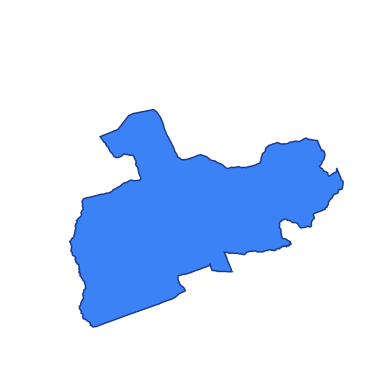 the district of Chunya, Mbeya, United Republic of Tanzania, rotated 250°
{"feature_id": "72390352B92011686492741", "entity_name": "Chunya", "entity_type": "district", "adm_level": 2, "iso_a3": "TZA", "parent_name": "United Republic of Tanzania", "parent_adm1": "Mbeya", "projection": "robinson", "projection_center": [33.407, -7.806], "detail": "fine", "context": "isolated", "style": "filled", "palette": "blue", "viewbox_px": 384, "rotation_deg": 250, "n_neighbors": 0, "source": "geoboundaries", "source_scale": "gbopen_adm2", "svg_char_len": 6028}
<svg xmlns="http://www.w3.org/2000/svg" viewBox="0 0 384 384"><g transform="rotate(250 192 192)"><path d="M275.4,124.6L270.8,125.9L269.5,126.1L267.4,127.3L264.5,127.5L262.5,128.6L259.5,128.7L257.0,129.3L255.0,130.5L253.1,130.6L252.0,130.9L251.4,131.4L250.2,132.7L249.6,134.6L249.8,136.3L249.6,137.2L250.3,139.5L250.9,140.1L251.0,140.6L249.2,144.3L248.6,144.8L246.6,149.1L245.9,149.4L242.7,149.6L240.3,150.0L238.8,149.5L237.3,148.5L235.6,148.7L233.6,149.4L232.5,149.4L231.2,148.8L230.1,149.0L228.9,148.6L226.9,148.5L223.2,148.8L221.8,148.4L221.2,147.2L221.1,146.5L221.4,145.0L222.3,141.6L224.0,138.7L224.1,137.5L223.4,134.1L223.7,131.1L223.6,130.2L221.9,126.0L221.9,124.4L221.2,121.8L221.2,119.1L220.9,118.5L219.9,117.0L219.7,114.5L219.6,113.2L220.1,111.4L220.2,108.2L221.0,105.5L221.9,95.2L222.7,89.7L222.7,88.5L222.3,87.1L220.9,85.6L220.4,85.3L217.7,85.0L216.3,84.2L215.2,84.3L214.1,83.9L213.2,83.9L211.9,82.1L210.3,80.6L210.0,80.4L209.0,80.5L207.4,79.8L205.6,75.1L204.8,74.5L204.7,73.9L204.0,74.4L202.8,73.5L202.8,73.2L202.3,72.8L202.0,72.1L201.0,71.7L200.8,71.2L200.1,70.5L198.6,70.7L197.5,70.3L195.8,69.0L192.5,67.3L192.0,66.5L190.9,66.2L189.5,64.2L189.5,63.5L189.1,62.9L188.6,62.5L187.6,61.1L187.4,60.3L186.4,60.1L185.2,60.4L183.7,60.3L182.7,60.6L179.7,59.1L178.6,58.2L177.4,58.1L175.7,58.8L174.4,58.2L173.5,58.2L172.8,58.6L172.2,59.4L171.3,59.7L170.3,60.5L169.5,60.1L169.0,59.2L168.3,59.1L167.8,59.4L165.6,59.0L164.3,59.6L163.7,59.5L162.7,60.9L161.8,60.5L160.6,60.5L158.4,59.4L158.0,59.9L157.4,59.5L156.7,59.5L155.8,58.8L155.5,58.3L154.6,58.9L153.9,58.6L153.5,59.2L153.0,59.2L152.8,58.8L152.0,58.2L150.9,58.4L149.5,59.0L146.2,59.4L144.2,60.4L142.4,59.7L140.4,59.9L138.6,59.2L137.7,59.2L136.8,56.8L136.4,56.5L135.8,56.6L135.2,56.3L133.5,54.4L129.5,53.8L128.9,53.5L128.5,52.4L127.7,52.2L127.5,51.4L125.7,49.8L125.7,49.5L124.2,49.0L123.4,48.1L122.9,46.9L121.6,46.5L119.8,46.6L119.0,47.1L117.3,46.9L116.1,46.4L115.1,47.3L114.0,47.6L112.4,47.0L111.9,46.4L110.1,46.6L109.5,47.2L109.0,48.2L108.3,48.5L107.8,49.0L105.9,50.1L104.7,51.3L104.2,51.2L103.3,51.6L101.4,51.0L101.1,52.2L99.8,52.2L99.2,52.6L98.9,53.1L98.8,54.7L98.3,55.6L98.3,56.2L98.5,67.2L98.4,72.2L98.5,90.2L98.2,116.9L98.3,120.2L98.1,121.7L98.5,128.2L98.3,136.8L98.7,139.4L99.6,142.3L100.8,145.0L101.5,152.0L104.6,151.7L106.1,150.9L107.4,149.9L108.8,149.3L110.5,149.0L114.6,148.9L117.9,150.1L117.9,152.5L117.6,153.6L117.7,155.0L116.9,158.7L116.7,164.1L116.9,165.9L116.8,180.1L116.9,182.4L117.0,183.1L118.0,184.2L111.5,184.0L110.1,186.9L108.7,188.8L107.6,191.3L107.1,193.2L106.5,194.4L105.8,196.7L104.5,199.0L104.3,200.1L103.4,202.2L103.4,202.5L104.1,202.1L106.3,202.4L109.6,202.1L111.5,202.2L114.0,201.8L118.8,202.1L124.4,201.8L123.1,204.6L122.3,205.2L121.4,207.0L120.7,209.4L119.6,211.4L118.9,213.5L115.3,219.6L115.4,220.6L116.1,221.6L116.6,223.2L116.4,224.5L116.6,226.1L115.3,229.2L115.1,231.3L113.1,233.3L112.3,236.2L111.8,237.1L111.5,238.7L111.8,240.9L111.3,242.4L111.3,245.0L109.9,247.2L109.4,248.5L108.6,249.3L108.7,249.8L109.1,249.9L109.2,250.2L108.9,251.2L108.9,251.5L109.4,251.8L109.5,252.8L109.2,254.0L108.7,254.6L109.6,256.8L109.6,258.0L109.9,258.2L109.8,258.5L110.1,258.9L109.5,259.6L109.9,260.3L109.8,260.7L109.5,260.8L108.3,262.0L108.8,262.2L108.5,263.6L109.0,263.5L109.0,264.3L108.5,264.6L108.8,264.9L108.7,265.3L109.4,265.6L109.4,266.6L109.0,266.9L109.3,267.2L109.5,267.4L110.2,267.3L110.9,266.8L111.4,266.8L111.6,267.2L112.0,267.2L113.3,265.6L115.6,264.3L115.8,263.7L116.4,263.1L117.2,261.4L119.5,261.0L122.6,261.8L123.7,261.5L124.3,262.1L126.1,262.6L127.6,262.6L128.6,261.8L129.0,261.9L129.8,262.3L131.0,263.2L132.9,263.5L133.4,264.0L134.2,266.4L134.8,266.7L134.6,267.0L134.7,269.1L134.9,270.0L134.7,270.8L134.1,271.4L132.7,271.9L131.5,274.6L129.1,275.8L128.8,276.2L127.7,279.0L126.8,280.0L126.1,280.5L123.7,280.8L121.2,281.8L120.7,283.1L120.5,284.5L120.2,285.5L120.1,289.4L119.8,289.9L119.2,290.2L118.7,291.5L119.1,292.6L121.8,293.4L122.7,293.9L124.6,295.7L125.2,297.1L125.2,297.8L126.7,298.2L129.0,298.2L129.8,298.5L130.1,300.4L130.0,306.6L130.4,311.4L131.0,311.4L131.2,311.7L131.5,312.6L131.4,313.4L132.7,314.3L133.2,315.3L133.7,315.8L135.2,316.4L136.5,317.7L138.0,320.0L138.4,321.3L138.9,322.1L139.8,322.7L141.1,324.5L141.1,328.6L141.7,329.3L143.0,329.8L143.3,330.4L143.9,330.4L144.2,330.7L144.1,331.5L143.4,332.5L143.5,334.2L143.2,334.0L147.1,336.3L150.3,337.6L152.2,336.7L153.4,336.5L155.6,336.6L158.0,336.4L164.5,336.2L164.4,335.8L162.9,335.2L162.1,335.1L161.5,334.7L161.5,332.7L161.2,331.7L161.2,330.6L159.9,326.7L160.4,326.0L161.1,325.7L163.6,325.9L165.3,324.7L166.8,323.0L169.0,322.6L170.6,321.3L172.1,320.5L172.6,320.7L173.6,322.7L174.3,323.6L176.1,324.6L176.9,326.2L177.9,327.4L178.8,328.1L181.5,329.6L182.7,329.9L185.1,330.0L186.6,329.0L186.8,328.6L186.6,328.0L195.5,327.4L197.3,327.6L198.7,325.0L199.1,324.0L200.2,322.6L201.5,319.5L203.4,317.9L203.8,316.7L203.7,315.6L202.9,312.2L202.8,309.5L204.3,307.1L204.5,306.3L204.8,303.0L205.3,301.1L204.8,298.1L205.1,297.0L205.1,296.2L205.8,295.1L206.0,293.7L207.1,291.4L209.1,289.6L209.3,289.1L209.2,286.8L209.5,284.6L209.3,282.4L209.5,280.0L209.2,279.6L208.0,276.4L207.1,275.7L205.4,275.0L204.8,274.1L203.9,271.2L202.2,270.2L200.9,269.3L200.6,268.8L198.8,267.8L197.8,267.5L197.3,267.1L197.1,266.4L196.1,266.1L196.0,263.6L195.7,260.0L195.9,256.8L196.6,252.4L196.3,251.1L197.2,249.9L197.6,248.2L198.5,245.9L199.7,244.8L200.2,244.0L200.0,242.4L200.8,239.5L201.6,238.0L201.8,237.3L201.6,236.1L202.0,233.4L202.7,232.4L206.7,230.2L209.1,228.2L210.8,225.9L213.1,224.4L214.5,222.3L215.0,221.0L219.9,217.9L221.3,216.5L222.1,215.1L223.8,213.4L224.1,212.7L224.4,210.0L224.1,204.9L224.4,202.9L224.1,201.1L224.6,197.5L225.2,195.2L225.4,194.4L226.1,193.2L228.9,191.5L229.5,190.5L232.5,190.6L236.1,189.7L240.7,189.9L243.3,189.4L246.7,189.2L248.2,188.7L249.3,188.9L254.1,187.9L261.1,187.6L266.2,188.2L272.6,187.9L279.4,186.2L282.3,184.3L282.8,183.6L282.6,183.4L282.9,182.8L282.9,182.0L285.9,163.0L285.7,162.8L285.4,158.6L276.1,143.8L275.4,124.6Z" fill="#3b82f6" stroke="#1e3a8a" stroke-width="1.5"/></g></svg>